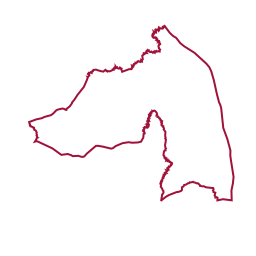 Mueang Nakhon Phanom, Nakhon Phanom, Thailand (orthographic projection), rotated 348°
{"feature_id": "78962969B91655555555249", "entity_name": "Mueang Nakhon Phanom", "entity_type": "district", "adm_level": 2, "iso_a3": "THA", "parent_name": "Thailand", "parent_adm1": "Nakhon Phanom", "projection": "orthographic", "projection_center": [104.642, 17.31], "detail": "fine", "context": "isolated", "style": "outline", "palette": "rose", "viewbox_px": 256, "rotation_deg": 348, "n_neighbors": 0, "source": "geoboundaries", "source_scale": "gbopen_adm2", "svg_char_len": 5895}
<svg xmlns="http://www.w3.org/2000/svg" viewBox="0 0 256 256"><g transform="rotate(348 128 128)"><path d="M34.1,122.0L35.4,121.9L36.7,122.3L49.8,132.2L57.2,140.4L63.6,140.9L67.0,142.9L67.9,144.0L73.7,144.9L76.4,146.5L78.3,146.9L79.3,146.7L82.4,144.5L92.9,138.8L95.0,139.2L99.3,140.9L107.3,144.7L109.0,144.6L112.2,143.1L119.5,141.7L125.5,142.0L129.1,143.3L134.7,144.2L137.9,144.1L141.0,140.5L142.0,137.1L143.2,136.8L143.2,135.8L142.2,134.3L142.9,134.1L142.6,133.6L143.0,133.3L142.8,132.7L143.7,132.4L144.1,131.7L143.8,131.2L144.5,131.1L144.6,130.6L146.0,131.3L145.9,130.8L146.4,130.2L146.5,130.7L146.8,130.5L147.7,131.3L148.6,130.5L149.0,129.4L147.9,128.7L148.9,128.3L148.8,128.0L148.1,127.8L148.8,127.6L148.9,127.0L148.4,126.8L148.3,126.2L148.9,126.4L149.1,125.8L149.7,125.7L149.1,125.1L149.8,125.4L150.3,124.7L150.0,124.3L149.3,124.2L149.8,123.7L149.5,123.0L150.0,122.5L150.8,122.5L150.4,121.9L151.0,121.0L151.5,120.7L152.1,121.0L152.7,120.4L152.3,120.1L151.7,120.5L151.5,119.9L151.8,119.5L151.2,119.5L151.2,119.3L151.9,119.1L152.1,118.7L152.8,118.7L152.6,118.2L153.9,117.2L154.2,117.6L154.4,116.9L155.3,116.9L155.4,116.4L155.8,116.8L157.2,116.4L158.2,117.2L159.2,119.0L159.3,119.9L158.9,120.8L159.1,120.7L159.2,121.2L158.9,121.4L159.6,123.0L159.2,122.9L159.1,123.3L160.1,123.6L160.7,125.3L161.3,125.5L161.3,126.2L161.7,126.6L161.4,127.4L162.2,127.9L162.0,128.5L162.5,128.6L161.8,129.5L162.2,129.7L161.9,130.2L162.2,130.6L161.3,131.9L162.3,132.9L162.0,133.0L162.1,133.8L162.9,134.3L162.8,134.8L163.1,135.8L162.6,136.8L163.8,139.5L162.7,143.6L162.8,145.4L162.2,146.0L162.7,147.3L160.6,152.7L160.5,155.8L160.8,156.0L159.9,157.1L160.0,157.7L159.0,157.7L158.2,158.7L157.0,162.0L157.7,163.1L157.5,163.9L157.9,164.3L157.7,164.7L158.1,164.8L158.1,165.4L158.6,165.3L158.6,166.2L159.0,166.1L158.7,166.9L159.2,167.3L159.0,167.6L159.4,167.5L159.1,168.0L159.8,168.7L161.1,168.2L161.5,169.4L161.9,169.6L161.7,170.0L162.6,170.3L162.9,171.3L163.6,171.3L163.7,172.0L162.8,173.1L162.2,173.0L162.0,174.3L161.8,173.7L161.1,174.4L160.0,174.1L159.8,174.9L159.1,175.0L159.4,175.3L159.0,175.6L159.0,176.1L158.2,176.2L158.6,176.9L158.1,176.8L158.0,177.9L157.6,178.0L157.6,177.6L157.4,178.0L156.8,177.6L157.0,178.2L155.9,179.2L156.1,179.7L155.4,179.4L155.3,179.7L154.5,179.7L154.4,180.5L154.8,181.1L154.5,181.3L154.3,180.9L154.0,181.4L153.9,181.0L153.8,181.4L153.4,181.3L153.5,181.7L152.8,181.9L152.8,183.0L152.1,183.2L152.2,183.9L151.6,184.1L151.8,184.5L151.2,184.7L150.5,186.6L150.1,186.4L149.7,187.5L149.3,187.0L148.9,187.6L149.2,188.0L148.4,188.7L148.6,189.3L148.1,189.5L148.5,190.8L147.8,192.3L148.7,194.2L149.1,196.4L149.5,196.7L149.3,198.5L148.6,199.5L147.6,200.1L145.2,206.3L146.2,205.4L150.9,203.1L154.1,202.1L162.1,200.8L164.1,201.0L167.1,200.5L167.9,199.8L168.4,197.2L170.2,196.7L171.1,195.4L172.7,195.5L174.9,194.6L176.1,194.7L176.9,194.0L177.3,194.3L180.4,194.2L180.5,194.6L182.2,195.3L183.8,196.5L184.8,196.5L186.4,198.6L186.3,199.5L188.5,200.5L190.2,200.8L191.9,202.2L198.9,204.5L199.0,205.6L198.1,206.8L198.5,207.6L198.3,208.5L200.0,209.4L198.7,212.0L199.1,212.9L199.0,214.2L200.4,214.1L201.1,214.8L200.4,217.4L206.1,217.4L214.4,220.3L216.2,210.6L219.0,204.2L221.1,197.8L222.1,179.0L222.4,175.9L223.5,171.3L222.9,159.6L221.2,147.7L223.3,127.8L223.0,124.1L222.4,121.9L222.0,113.2L221.9,99.1L221.2,89.8L220.2,85.5L218.0,81.3L208.6,68.2L199.8,59.6L196.8,55.9L193.9,49.9L191.1,47.2L188.7,43.7L185.0,35.7L183.0,36.3L183.0,36.9L183.6,37.2L182.6,38.0L180.6,37.3L179.3,37.8L179.6,36.5L179.3,36.2L179.1,37.1L178.6,37.1L178.7,38.9L178.1,39.4L177.5,38.0L176.5,38.3L176.6,37.8L175.4,37.3L175.1,37.6L175.3,38.2L174.9,39.0L175.4,39.4L175.3,40.2L174.5,39.6L174.1,40.2L173.5,39.5L173.6,40.0L173.0,40.0L172.4,41.6L171.7,41.2L171.3,41.9L172.3,42.1L170.9,43.7L171.7,45.1L172.3,45.1L172.5,45.7L172.5,44.9L173.0,44.8L173.5,44.9L173.6,45.4L174.5,45.5L174.6,45.9L174.0,46.3L174.9,47.1L174.5,47.5L175.0,47.5L175.2,48.1L174.7,48.1L174.7,48.9L176.5,49.4L176.5,50.0L175.6,50.6L176.5,50.8L176.3,51.4L176.8,52.1L176.6,52.4L176.8,52.7L176.2,53.1L175.7,53.0L174.9,54.0L174.7,54.8L175.0,55.8L174.8,56.5L175.7,58.0L175.0,58.6L175.0,59.2L174.6,59.2L174.6,59.7L173.3,59.2L172.0,59.3L171.8,58.7L170.9,59.1L171.0,58.7L170.2,58.9L170.0,59.4L169.8,59.0L169.5,59.7L169.1,59.3L168.3,59.5L168.3,59.1L167.8,59.3L166.8,58.1L166.1,58.5L165.0,58.0L165.0,57.7L164.1,57.1L164.3,56.5L163.6,56.6L163.4,55.8L162.0,56.6L161.7,57.5L162.0,58.5L161.0,58.1L160.9,58.6L159.7,59.0L159.5,58.3L158.9,58.1L158.3,59.6L157.0,60.2L156.7,64.5L156.6,64.2L155.9,64.6L155.6,64.4L155.7,64.8L155.4,64.9L155.4,65.4L154.8,64.8L154.4,65.8L153.9,65.6L153.6,65.9L152.3,64.8L151.3,65.3L151.0,65.0L150.4,65.7L149.9,65.3L150.2,65.7L149.7,66.0L149.0,65.7L148.9,66.5L147.1,66.6L146.6,67.2L146.8,67.5L146.5,67.6L146.4,68.4L146.0,68.7L145.3,68.2L145.5,68.9L144.9,68.8L145.0,69.6L144.2,70.0L144.1,70.7L143.6,70.7L143.4,71.1L141.2,70.7L134.0,71.8L133.6,68.9L133.8,68.7L132.9,68.4L133.3,68.1L133.2,67.6L132.8,67.3L132.7,67.6L130.9,67.8L129.7,67.0L129.8,66.2L129.0,66.2L128.7,65.4L128.6,66.0L127.9,65.9L127.8,67.1L127.1,67.2L126.7,66.6L125.6,67.5L125.7,67.8L125.3,67.7L125.3,68.1L121.8,68.8L120.1,68.1L119.6,68.5L119.1,68.1L119.2,67.7L118.1,67.1L118.3,66.7L118.1,66.4L115.6,67.7L112.7,66.5L108.9,64.3L106.2,64.0L105.5,65.1L105.0,64.9L104.4,65.4L103.9,66.6L103.0,65.7L102.2,66.2L101.1,65.8L100.5,66.4L100.9,66.5L100.4,67.1L101.1,67.6L101.1,68.2L100.8,68.1L100.9,68.6L99.6,69.7L99.0,69.5L99.2,70.1L97.7,72.6L93.4,78.6L85.4,85.2L81.3,89.3L78.6,91.4L78.3,92.2L75.4,94.8L71.9,96.5L71.5,97.5L70.8,97.3L69.3,95.9L67.7,95.3L63.2,95.4L61.3,95.9L58.0,98.2L55.4,99.4L48.5,99.8L45.7,100.5L40.2,100.5L32.5,101.6L32.7,103.0L32.5,103.5L32.9,104.2L32.6,105.1L33.2,105.7L33.0,106.1L35.1,107.3L35.6,108.4L36.1,108.4L35.9,110.2L37.2,111.2L37.8,113.3L37.3,114.2L37.5,116.0L37.0,116.4L37.4,117.9L36.9,118.7L37.1,118.8L36.5,119.0L36.0,120.0L34.1,122.0Z" fill="none" stroke="#9f1239" stroke-width="2"/></g></svg>